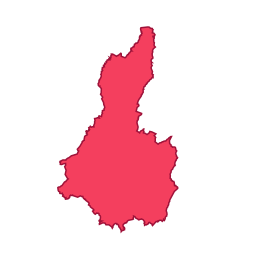 outline of Bangli, Bali, Indonesia, rotated 191°
{"feature_id": "22746128B25936754669599", "entity_name": "Bangli", "entity_type": "district", "adm_level": 2, "iso_a3": "IDN", "parent_name": "Indonesia", "parent_adm1": "Bali", "projection": "mercator", "projection_center": [115.362, -8.333], "detail": "fine", "context": "isolated", "style": "filled", "palette": "rose", "viewbox_px": 256, "rotation_deg": 191, "n_neighbors": 0, "source": "geoboundaries", "source_scale": "gbopen_adm2", "svg_char_len": 5853}
<svg xmlns="http://www.w3.org/2000/svg" viewBox="0 0 256 256"><g transform="rotate(191 128 128)"><path d="M77.8,118.0L79.2,118.2L80.7,117.6L81.3,118.3L82.1,118.3L82.6,119.7L84.1,120.6L84.9,123.5L83.7,127.9L84.7,127.6L85.2,126.6L86.0,126.1L86.2,125.3L87.5,124.2L88.4,122.5L90.1,122.0L91.1,121.1L91.8,121.0L92.4,120.1L94.1,119.4L95.4,117.9L98.9,119.7L98.8,120.8L99.3,122.9L99.0,124.0L100.8,125.5L99.5,127.6L103.8,128.7L105.9,128.8L106.3,127.2L108.1,125.2L109.9,126.0L111.9,126.2L111.6,127.4L112.4,128.5L112.3,130.0L112.7,129.9L113.1,128.8L114.8,127.6L115.7,126.1L115.7,125.5L118.9,126.8L118.3,128.4L118.3,130.9L120.2,134.8L120.3,137.2L119.8,137.6L119.6,138.4L120.0,139.7L119.6,139.9L119.9,141.4L117.4,143.8L117.4,144.9L123.2,145.9L123.0,149.9L121.5,151.9L122.2,153.3L123.5,153.3L123.3,155.9L122.7,158.2L121.3,161.3L121.0,162.3L121.3,162.9L120.6,163.6L120.6,164.4L119.9,165.8L120.5,168.7L119.9,169.0L120.3,169.7L120.2,171.6L119.3,172.1L119.1,173.7L118.2,174.5L118.3,175.4L117.8,175.5L117.3,176.9L116.1,178.3L115.9,179.4L114.6,180.5L114.0,182.0L113.0,182.2L113.5,183.3L113.2,183.8L113.8,184.6L113.5,185.1L114.8,185.7L114.7,188.0L116.5,190.7L116.9,192.0L116.2,194.0L117.1,194.8L117.4,197.1L117.2,197.1L117.8,197.5L118.3,199.0L117.8,200.4L117.0,201.0L117.1,202.3L117.8,203.2L118.5,205.5L118.2,207.5L118.6,207.9L118.6,209.4L118.1,210.8L116.6,212.7L117.9,213.6L118.3,214.6L118.4,216.8L119.0,217.2L119.8,220.3L119.4,220.9L119.6,221.9L120.7,222.1L121.0,222.8L119.6,223.3L119.3,224.7L120.7,226.0L122.3,226.1L122.1,227.4L122.5,228.0L122.1,229.2L122.9,229.6L123.1,230.3L125.1,230.2L126.2,231.0L127.6,231.0L134.4,228.9L134.6,228.1L134.3,226.8L133.8,226.0L133.1,225.5L133.5,224.8L132.3,223.8L132.9,222.2L132.6,221.8L133.6,221.2L133.9,220.5L133.5,220.0L134.1,219.5L133.7,217.5L134.5,215.4L134.5,214.0L135.5,212.9L136.3,213.0L137.1,211.7L137.6,211.5L137.6,208.9L138.4,208.9L138.5,208.3L139.7,207.2L139.8,206.4L140.3,206.5L140.1,205.1L139.0,204.4L139.6,204.3L140.4,203.1L140.7,202.1L141.4,201.7L141.8,200.1L142.5,199.9L143.7,197.0L144.3,196.4L148.3,197.1L148.8,199.6L149.3,200.0L151.7,197.1L152.3,197.1L152.9,196.2L156.7,197.5L157.8,197.6L158.5,197.3L157.9,196.5L158.6,195.8L158.3,194.1L158.6,194.0L158.5,193.3L159.4,193.6L158.6,192.7L159.2,192.6L158.9,191.7L160.0,192.0L159.9,191.1L161.3,190.9L161.5,189.8L162.2,189.1L161.6,188.4L162.5,187.1L163.1,187.1L163.1,186.6L162.7,186.3L163.2,185.9L163.2,185.3L164.0,184.8L163.9,184.4L163.3,184.3L162.9,183.6L163.7,183.4L164.0,182.5L164.7,182.4L164.6,180.2L163.9,179.7L164.4,178.6L164.9,178.4L164.5,176.6L164.9,175.4L164.4,175.0L164.1,173.6L164.6,171.0L165.3,170.1L165.1,169.4L165.6,168.6L165.2,168.0L165.3,167.0L165.8,165.9L165.2,164.1L164.3,163.5L163.6,163.7L163.6,163.1L161.7,161.6L161.0,157.2L161.4,155.9L158.9,153.6L158.8,153.0L159.4,151.7L156.9,148.4L156.1,146.0L155.5,145.5L154.7,143.5L155.2,142.2L154.8,141.1L156.4,140.2L156.2,139.7L156.4,138.3L155.8,137.5L156.3,136.6L156.2,134.2L158.7,134.4L158.9,133.3L158.1,132.3L160.0,132.3L160.9,131.5L162.6,130.9L161.8,129.0L162.0,127.6L161.6,126.5L162.1,123.9L161.7,122.6L163.0,122.5L164.1,121.8L165.3,122.5L165.5,121.8L166.6,120.8L166.1,120.0L166.2,119.1L165.8,119.4L165.4,119.1L165.8,118.1L166.8,117.2L167.5,117.3L167.5,116.9L168.4,117.2L168.6,116.4L167.4,115.4L167.8,114.9L166.8,114.2L167.1,113.9L167.0,113.1L168.1,112.6L168.9,111.5L168.9,108.5L168.6,107.6L169.6,107.0L169.6,106.5L170.4,105.8L170.2,105.2L171.7,100.9L173.7,97.5L172.9,96.3L172.1,96.0L173.0,92.7L178.3,89.9L180.4,87.5L181.5,86.8L182.7,85.4L182.8,84.7L185.8,84.2L188.3,82.3L187.7,81.9L188.1,81.2L187.8,81.1L187.5,79.4L186.1,79.5L184.4,80.6L182.5,81.3L182.1,79.5L182.8,78.0L180.7,74.7L180.8,70.4L177.7,66.9L177.0,66.6L178.5,64.7L178.8,63.6L180.0,62.9L181.8,58.9L182.6,58.4L183.5,57.2L185.0,56.7L185.5,56.1L184.6,53.4L184.0,52.6L182.8,52.3L182.4,50.8L180.8,50.9L180.2,51.3L180.1,50.8L179.0,50.2L179.2,48.7L178.6,48.5L178.1,48.7L177.9,48.2L176.3,47.5L175.8,47.7L176.1,46.5L175.6,46.2L174.1,46.9L173.6,46.9L172.5,47.9L172.5,48.5L171.9,49.3L172.2,50.2L171.5,51.2L170.1,51.0L169.5,51.6L168.8,51.1L164.2,50.5L161.8,52.3L159.9,51.8L159.4,52.2L158.1,50.3L157.0,50.2L156.9,49.6L156.0,49.7L155.6,48.9L152.5,47.4L151.8,46.6L152.1,45.0L150.2,44.2L149.9,43.4L146.1,41.4L145.9,40.8L146.9,39.6L144.9,37.7L143.7,37.1L142.4,38.6L141.8,38.4L141.1,38.7L140.0,38.2L139.9,37.2L138.5,36.5L138.0,35.4L137.8,32.8L138.7,31.8L138.7,31.3L138.3,30.9L136.5,31.7L135.9,31.7L137.0,30.9L137.5,30.1L137.9,28.5L137.7,28.0L134.6,30.1L132.4,30.2L131.2,28.8L128.3,29.3L127.7,29.1L125.1,27.8L124.3,26.7L123.9,27.8L124.1,29.1L123.6,29.7L123.7,30.4L122.2,31.9L120.7,32.0L120.5,31.2L119.5,31.3L118.8,30.9L118.1,29.2L117.2,28.7L115.3,26.4L114.9,25.0L114.1,26.4L113.5,26.4L112.0,27.5L112.5,28.0L112.1,29.0L112.6,29.5L113.3,29.3L113.2,30.0L114.0,30.5L114.4,31.7L114.2,32.5L112.6,34.4L112.2,34.2L111.3,34.8L110.9,36.3L110.1,37.4L105.8,39.2L105.3,39.7L105.8,40.6L105.4,41.7L105.7,42.6L104.3,42.3L103.1,41.0L101.0,40.5L100.2,39.9L99.7,39.9L98.7,40.8L97.9,40.8L97.4,41.3L95.5,40.8L93.6,38.8L94.1,37.6L93.3,36.6L93.1,35.7L92.1,36.6L91.6,36.4L91.0,36.8L89.8,37.9L89.6,39.1L88.6,39.5L87.9,38.8L86.0,38.3L85.9,37.5L85.3,36.9L82.5,41.6L80.9,41.5L80.3,42.3L80.7,42.6L79.1,43.5L77.6,43.7L76.6,42.9L75.7,44.1L75.7,45.1L74.6,44.3L74.2,46.1L74.4,47.3L73.9,48.4L73.2,49.0L73.4,49.5L73.2,50.4L73.6,52.0L74.7,54.1L74.7,55.6L74.7,56.7L74.0,58.1L74.0,59.3L73.5,60.2L73.7,62.6L73.1,63.8L73.3,65.3L70.4,74.6L67.7,78.1L67.9,79.2L68.3,79.6L69.2,79.6L70.1,80.6L70.3,80.3L71.3,80.3L72.2,83.3L72.9,84.3L74.3,84.1L74.5,84.7L75.6,84.9L75.6,85.8L76.1,86.3L77.0,86.6L77.4,89.5L77.9,90.7L77.3,92.8L77.5,94.7L76.3,96.2L76.4,96.7L75.2,99.9L74.7,100.0L74.5,100.6L75.2,101.1L75.3,103.5L75.0,104.2L75.0,105.3L74.5,105.6L74.4,107.3L73.8,107.7L73.7,108.5L75.0,109.3L75.1,110.1L76.1,111.4L76.4,112.9L75.8,114.8L76.6,115.3L77.8,118.0Z" fill="#f43f5e" stroke="#9f1239" stroke-width="1.5"/></g></svg>